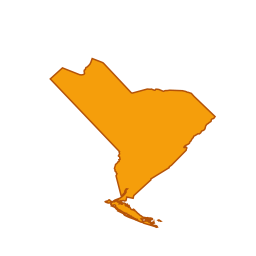 SVG path tracing the border of New York, rotated 44°
{"feature_id": "USA-3559", "entity_name": "New York", "entity_type": "State", "adm_level": 1, "iso_a3": "USA", "parent_name": "United States of America", "parent_adm1": "", "projection": "albers", "projection_center": [-74.009, 42.755], "detail": "fine", "context": "isolated", "style": "filled", "palette": "amber", "viewbox_px": 256, "rotation_deg": 44, "n_neighbors": 0, "source": "natural_earth", "source_scale": "10m", "svg_char_len": 6012}
<svg xmlns="http://www.w3.org/2000/svg" viewBox="0 0 256 256"><g transform="rotate(44 128 128)"><path d="M39.1,130.3L56.3,123.2L57.6,122.2L58.7,120.7L59.0,119.5L58.9,119.0L58.4,118.6L57.4,118.0L56.9,117.5L56.4,116.8L56.7,115.5L56.0,114.5L55.8,113.9L55.8,113.5L56.2,112.7L56.3,112.0L56.3,109.2L56.3,108.7L55.7,106.7L54.0,102.9L63.7,98.8L65.1,98.4L105.9,100.4L106.9,99.8L114.8,86.6L117.2,84.6L117.7,83.8L120.8,82.5L121.2,82.0L121.0,80.9L121.7,80.1L123.5,78.8L127.9,77.1L128.2,76.7L128.7,75.4L130.5,73.5L131.7,71.9L141.2,63.4L144.2,61.6L145.8,61.1L146.7,60.4L148.3,59.7L149.5,59.1L153.6,59.4L182.7,59.3L183.0,61.2L182.9,61.9L182.3,62.8L182.1,63.8L182.3,64.4L183.0,65.3L183.1,65.8L182.6,67.8L182.6,68.8L182.2,70.2L182.2,71.0L182.4,72.4L183.9,75.1L184.1,76.0L183.9,77.3L183.2,78.8L183.2,79.3L183.6,81.0L183.4,82.5L183.3,82.8L182.4,83.5L182.2,83.8L182.0,85.0L181.3,87.5L181.0,88.1L181.1,88.6L181.6,89.5L181.6,91.1L181.9,92.4L182.3,93.7L182.2,95.2L182.7,96.1L182.7,96.7L182.6,97.6L181.5,100.7L181.4,102.0L181.5,102.7L181.8,103.1L182.5,102.6L182.8,101.6L183.0,101.4L183.4,101.3L183.9,101.3L184.3,101.7L184.7,102.8L185.3,103.6L185.1,124.6L184.8,126.2L184.6,126.7L184.9,128.2L185.1,128.2L179.8,148.7L180.5,149.4L179.1,172.6L180.5,175.0L175.1,178.5L176.3,180.5L176.6,180.8L176.9,181.6L176.7,181.7L176.8,181.9L176.7,182.2L176.1,183.0L175.4,183.1L174.1,184.4L173.8,184.9L173.7,185.4L173.6,185.6L173.0,185.6L172.8,186.6L173.4,187.4L171.8,187.4L171.1,187.6L170.4,187.6L170.2,187.2L170.8,185.7L170.7,185.3L170.5,185.1L171.0,183.8L171.5,181.2L171.6,178.1L171.5,177.0L171.3,175.9L171.1,175.4L170.0,174.4L169.7,173.8L169.9,172.8L169.9,172.2L169.2,172.7L169.0,173.4L169.5,175.4L169.8,175.9L170.2,176.2L170.6,176.7L170.5,178.5L170.8,181.2L170.8,181.9L152.6,170.7L152.5,170.1L151.7,168.4L150.8,168.5L150.1,167.9L148.9,168.0L148.4,167.9L147.6,166.9L146.5,166.7L146.2,166.3L144.7,163.3L144.4,163.0L144.4,162.7L144.6,160.5L144.3,159.3L144.3,159.0L144.6,158.8L144.7,158.5L144.6,157.8L144.4,157.6L143.5,157.1L144.0,156.5L144.1,156.2L143.6,155.9L143.3,155.4L142.7,155.1L142.2,154.7L141.9,154.6L140.6,154.8L140.3,154.5L140.0,152.5L138.3,151.4L138.3,150.9L38.0,146.7L39.1,130.3ZM216.6,179.1L216.3,178.7L217.0,178.5L218.0,178.8L217.4,179.7L216.4,179.9L212.8,181.7L205.5,185.5L204.2,185.8L204.5,185.3L204.5,185.0L204.3,184.8L203.4,184.9L203.3,185.1L203.6,186.0L203.3,186.3L202.4,186.8L198.2,188.4L197.9,188.3L199.9,187.6L198.7,187.5L198.1,187.3L197.2,188.1L196.4,188.1L195.8,187.9L196.1,188.1L196.0,188.5L195.2,189.1L194.6,189.2L194.4,188.6L193.5,188.9L193.1,189.4L191.5,189.2L191.3,189.2L191.1,189.7L189.5,190.1L188.8,189.8L188.6,189.9L188.5,190.6L188.2,190.7L186.9,190.6L186.4,190.3L185.5,191.1L184.5,191.3L183.2,191.9L178.9,192.7L176.7,193.8L176.5,193.7L176.7,193.3L176.4,193.1L175.7,193.2L175.4,193.5L175.4,194.0L178.5,194.1L178.4,194.3L175.5,194.4L174.1,194.2L173.0,194.4L170.1,195.6L170.1,195.2L173.6,193.9L174.0,193.3L173.4,192.7L172.6,192.4L171.7,192.6L171.2,193.1L171.2,193.4L171.5,194.4L171.2,194.6L171.1,194.4L170.4,194.4L170.0,194.6L169.0,194.8L168.6,194.8L168.4,194.5L168.7,194.4L168.7,194.2L168.0,193.7L167.8,193.3L167.8,192.7L168.4,191.9L168.3,191.5L168.7,190.9L169.4,190.6L169.6,190.1L169.7,189.5L170.3,188.6L170.8,188.1L171.3,188.4L171.7,188.3L171.9,188.5L172.8,187.8L173.8,188.0L174.3,188.6L174.5,188.0L174.1,187.4L174.3,186.8L174.7,186.7L175.3,187.6L175.5,187.4L175.7,187.1L175.6,186.7L174.8,186.4L174.9,186.1L175.1,185.7L175.5,185.7L176.2,186.0L176.7,187.0L176.9,186.8L176.7,185.7L177.2,184.7L178.7,184.2L179.7,184.1L179.9,184.5L179.6,184.9L179.3,184.8L179.1,185.0L179.4,185.3L180.0,185.4L180.0,184.9L180.4,184.9L180.4,185.2L180.7,185.4L180.9,185.2L181.0,184.9L180.9,184.6L180.4,183.8L180.5,183.3L181.1,183.6L181.8,183.6L181.6,184.2L182.1,184.7L182.8,184.5L183.5,184.6L183.6,184.2L183.4,183.9L182.5,183.9L182.3,183.4L182.5,183.0L183.0,183.2L183.1,183.6L185.0,183.9L186.3,184.4L187.6,184.0L188.1,183.7L188.3,183.2L188.2,182.7L189.1,182.4L189.5,182.5L189.3,183.1L189.6,183.1L189.9,183.0L189.9,182.8L189.8,182.5L190.0,182.4L190.6,182.7L191.5,182.5L194.0,182.6L195.7,182.4L196.8,182.5L198.7,182.0L200.3,181.9L200.8,181.7L203.9,179.6L204.5,178.7L205.2,178.6L206.8,177.0L208.3,176.3L209.0,176.5L209.0,177.1L208.7,177.4L208.0,177.8L207.7,177.2L206.8,177.8L205.2,179.3L205.2,179.6L205.9,179.9L205.8,180.3L205.3,180.3L204.7,180.5L204.8,181.5L204.7,181.8L204.3,181.2L204.0,181.2L203.9,181.6L202.8,181.8L202.3,182.4L202.3,182.7L201.5,183.4L200.6,183.6L200.4,184.2L200.9,184.2L201.4,184.4L201.8,184.0L203.3,184.5L203.8,184.5L204.3,184.1L204.7,183.1L205.4,182.8L206.3,181.5L207.3,181.3L207.4,181.1L207.1,180.3L207.4,180.2L207.7,180.2L207.9,181.1L208.6,181.2L208.7,180.8L209.0,180.7L209.4,179.9L209.8,180.0L210.5,180.9L210.6,179.8L210.9,179.5L211.2,179.5L212.1,181.0L212.3,181.1L213.6,180.6L214.9,179.6L215.3,179.8L215.7,179.7L215.7,179.0L216.0,178.8L216.6,179.3L216.6,179.1ZM165.8,192.8L166.9,192.4L167.0,192.7L166.9,192.8L167.0,193.2L167.4,193.8L166.3,195.3L165.6,195.9L165.2,195.9L164.2,196.6L163.0,196.9L162.8,196.9L162.8,196.7L163.1,196.4L163.1,195.7L163.9,195.1L164.0,194.8L164.2,193.0L164.7,192.5L165.8,192.8ZM193.0,190.2L196.9,188.6L197.4,188.5L197.4,188.8L196.3,189.1L190.9,191.5L188.4,192.4L186.2,193.1L185.0,193.1L184.8,192.9L185.9,192.9L190.9,191.2L193.0,190.2ZM170.2,187.8L169.3,189.6L169.2,190.4L168.3,190.8L168.6,189.1L170.3,185.4L170.6,185.5L170.6,185.8L170.1,186.9L170.1,187.3L170.2,187.8ZM185.9,192.6L184.4,192.7L178.6,194.6L178.7,194.1L184.0,192.4L186.1,192.3L185.9,192.6ZM206.9,178.5L206.9,178.1L207.2,178.1L207.3,178.4L207.7,178.7L208.3,178.8L208.2,179.1L208.3,179.5L208.2,179.8L208.4,180.3L207.4,179.8L206.5,179.9L206.2,179.6L206.2,179.2L206.4,178.8L206.9,178.5ZM214.6,173.4L214.1,173.4L213.7,173.5L213.8,173.2L214.0,173.0L214.1,172.7L214.3,172.7L214.5,173.0L214.7,172.5L216.4,172.2L216.2,172.5L215.3,172.7L214.6,173.4ZM211.7,177.5L212.2,177.9L212.9,178.1L212.8,178.3L212.9,178.9L212.4,179.5L212.4,178.7L212.2,178.4L211.5,178.2L211.8,177.8L211.7,177.5Z" fill="#f59e0b" stroke="#b45309" stroke-width="1.5"/></g></svg>